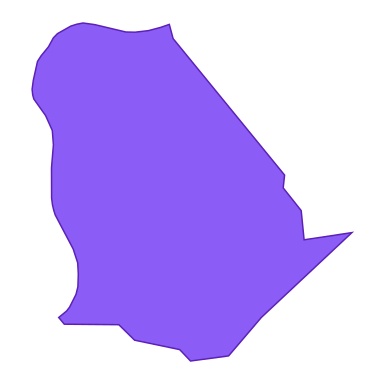 Trimble, Kentucky, United States of America (Natural Earth projection)
{"feature_id": "52423323B52829235192196", "entity_name": "Trimble", "entity_type": "district", "adm_level": 2, "iso_a3": "USA", "parent_name": "United States of America", "parent_adm1": "Kentucky", "projection": "natural_earth1", "projection_center": [-85.386, 38.615], "detail": "fine", "context": "isolated", "style": "filled", "palette": "violet", "viewbox_px": 384, "rotation_deg": 0, "n_neighbors": 0, "source": "geoboundaries", "source_scale": "gbopen_adm2", "svg_char_len": 680}
<svg xmlns="http://www.w3.org/2000/svg" viewBox="0 0 384 384"><path d="M58.7,317.5L64.3,324.2L118.8,324.7L134.6,340.2L179.7,349.6L190.5,361.0L228.6,355.9L261.4,317.4L351.9,232.6L304.1,239.8L301.2,210.6L283.2,187.9L284.6,175.1L173.1,38.6L169.3,24.4L160.6,27.4L148.6,30.6L135.8,32.1L135.3,32.2L125.9,32.0L94.7,24.6L83.1,23.0L76.8,24.2L70.8,26.1L57.5,33.6L53.4,37.8L48.4,46.9L41.1,55.8L37.5,61.4L33.3,80.3L32.1,89.3L32.7,94.9L33.8,99.0L45.6,115.6L52.3,130.5L53.4,144.9L51.5,167.8L51.6,198.1L52.5,205.0L53.7,210.1L55.2,214.9L63.9,231.4L73.2,249.0L77.7,262.9L78.3,274.1L77.9,286.7L76.0,294.4L69.6,307.1L66.6,311.0L58.7,317.5Z" fill="#8b5cf6" stroke="#5b21b6" stroke-width="1.5"/></svg>